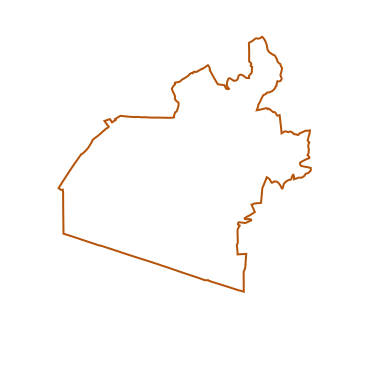 Giong Rieng, Kiên Giang, Vietnam, rotated 155°
{"feature_id": "81297802B19779239086561", "entity_name": "Giong Rieng", "entity_type": "district", "adm_level": 2, "iso_a3": "VNM", "parent_name": "Vietnam", "parent_adm1": "Kiên Giang", "projection": "orthographic", "projection_center": [105.287, 9.934], "detail": "fine", "context": "isolated", "style": "outline", "palette": "amber", "viewbox_px": 384, "rotation_deg": 155, "n_neighbors": 0, "source": "geoboundaries", "source_scale": "gbopen_adm2", "svg_char_len": 5850}
<svg xmlns="http://www.w3.org/2000/svg" viewBox="0 0 384 384"><g transform="rotate(155 192 192)"><path d="M58.2,268.4L57.9,270.6L58.0,270.9L58.7,272.1L59.2,273.3L59.3,274.0L59.3,274.5L59.0,275.6L59.0,276.2L59.1,279.9L59.4,280.8L59.7,281.4L60.2,281.9L60.6,282.2L60.8,282.4L61.2,283.0L61.5,283.8L61.9,284.4L62.8,285.7L63.1,287.1L63.3,287.9L63.4,288.3L63.3,289.1L62.9,290.8L62.1,293.8L61.9,295.5L61.8,297.3L61.9,299.4L62.1,300.8L62.5,302.2L62.8,302.9L63.0,303.1L64.6,302.7L65.1,302.6L65.4,302.6L66.8,302.9L67.5,303.2L68.3,303.8L69.0,304.2L70.5,304.1L72.7,303.5L73.9,303.3L77.4,303.1L80.8,295.2L85.0,286.3L84.3,284.6L84.1,283.9L84.1,283.1L84.2,282.8L85.4,281.7L85.5,281.1L85.3,280.8L84.9,280.3L84.6,280.0L84.6,279.8L85.8,277.9L87.2,275.3L87.5,275.0L88.2,274.5L90.1,273.8L90.7,273.5L91.1,273.2L91.3,273.0L92.1,271.2L93.1,271.6L94.0,272.1L94.8,272.8L95.4,273.8L95.9,275.1L97.1,276.7L97.9,277.6L98.8,277.9L99.8,277.9L100.2,277.8L100.9,277.4L102.4,275.4L103.4,274.8L103.8,274.6L104.5,274.5L104.9,274.5L106.0,274.7L106.8,274.9L107.1,275.1L109.4,278.8L109.7,279.1L110.0,279.3L110.4,279.4L110.8,279.4L111.4,279.0L112.9,277.6L114.1,276.3L115.0,274.7L115.4,273.6L115.4,272.7L115.4,272.0L114.9,270.4L114.8,269.9L115.1,269.7L115.6,269.9L116.9,270.7L117.2,270.9L117.4,271.5L117.5,271.9L117.5,272.9L117.4,275.0L123.1,278.8L123.9,287.1L124.2,292.7L124.3,293.9L124.5,294.7L123.7,295.8L123.6,298.5L124.0,300.2L130.5,299.1L130.8,299.5L136.0,299.0L136.9,299.0L138.0,299.2L139.1,300.0L139.4,300.1L139.7,300.2L140.0,300.1L141.1,299.3L141.4,299.8L141.6,299.9L141.9,300.1L142.5,300.1L143.7,299.8L144.5,299.9L144.9,299.6L145.6,299.2L146.3,298.9L151.3,298.2L153.5,298.1L154.5,297.8L155.0,297.6L155.8,297.3L157.1,297.3L158.5,297.5L160.7,298.2L161.2,298.3L161.4,298.2L161.6,297.7L161.9,296.7L163.6,296.2L164.2,295.9L166.7,294.1L166.9,290.3L166.8,288.2L166.9,286.3L166.9,285.8L167.9,284.3L168.1,282.9L167.9,281.8L167.5,280.5L166.7,279.4L166.6,279.0L166.6,278.6L166.7,278.0L166.9,277.5L167.9,275.7L171.2,272.1L171.7,271.7L172.3,271.4L173.4,271.4L173.7,271.3L174.0,271.0L175.8,269.0L176.2,268.4L176.6,267.3L179.0,267.8L185.9,271.1L191.4,273.8L198.0,276.9L202.3,279.3L206.9,281.4L208.8,282.7L212.0,284.0L217.9,287.2L224.7,291.3L230.9,290.6L230.7,289.6L231.7,289.4L232.8,289.3L235.0,288.9L235.6,292.7L236.5,292.9L237.9,293.0L241.3,293.4L241.2,292.5L239.9,286.3L240.1,286.2L240.6,286.0L241.2,285.8L243.4,285.7L243.8,285.6L244.9,285.0L245.2,284.9L246.0,284.9L246.5,284.8L250.0,283.6L254.7,282.4L256.5,282.1L258.8,281.5L259.7,281.3L260.4,280.9L261.0,280.4L262.1,279.4L267.4,275.9L269.4,275.0L271.5,274.1L274.8,273.1L276.5,273.0L288.4,266.2L303.8,256.7L311.3,251.9L310.0,249.4L308.1,248.7L309.2,245.6L313.0,237.4L316.5,229.7L326.1,208.5L320.4,203.3L298.3,182.4L298.1,182.3L297.7,182.2L282.9,168.4L280.8,166.3L272.8,158.9L252.9,140.5L250.7,138.3L246.1,134.0L232.5,120.9L221.7,110.7L217.6,106.6L215.7,105.7L214.8,105.3L214.9,105.1L211.6,101.9L197.5,89.0L190.8,82.8L189.9,82.2L187.2,79.8L179.1,97.5L178.5,98.3L176.7,99.8L175.5,101.3L169.0,113.0L177.1,116.2L176.1,118.4L175.2,120.9L174.2,124.0L173.8,125.0L173.2,125.6L172.4,126.1L172.1,126.4L171.0,128.7L168.4,134.8L166.7,138.3L166.2,139.1L163.8,140.7L163.0,141.2L162.9,141.4L162.9,141.6L163.2,141.9L163.8,142.3L164.0,142.7L164.0,143.3L163.8,143.7L163.3,144.3L162.9,144.7L162.4,144.8L161.9,144.6L158.0,142.1L156.9,141.5L156.2,141.3L154.1,141.3L152.1,141.3L150.4,141.2L150.1,141.6L150.2,142.2L150.7,142.7L151.5,143.3L153.5,144.0L154.6,144.5L155.2,145.0L155.5,145.2L155.5,145.4L155.5,145.7L155.4,145.9L154.9,146.1L152.2,146.4L148.8,146.5L146.1,146.9L144.5,147.2L143.5,147.3L143.4,155.3L141.4,155.3L140.0,155.1L139.6,155.0L138.5,154.5L137.5,154.3L136.1,153.6L134.0,153.0L126.6,165.8L121.5,170.4L118.0,173.8L116.6,171.6L116.3,170.6L116.0,168.3L116.0,167.3L115.7,166.6L114.6,166.5L113.9,166.8L113.0,166.7L111.9,166.3L111.0,165.6L110.3,164.9L109.7,163.2L109.3,161.5L109.1,160.2L109.1,157.3L109.0,157.1L108.7,157.0L107.8,157.6L107.0,158.5L105.3,160.6L103.2,161.5L102.1,161.7L100.6,161.9L99.2,162.1L98.6,161.9L97.7,161.5L97.2,161.5L96.3,162.0L95.8,162.7L93.6,164.7L93.1,164.9L92.9,164.9L92.8,164.7L92.9,163.8L93.3,162.3L94.1,160.4L93.5,160.4L91.7,160.1L89.6,160.0L88.8,159.8L87.1,158.8L86.5,158.7L86.0,158.7L85.1,158.9L83.7,159.0L83.1,159.2L81.9,160.1L81.4,160.3L80.9,160.5L80.3,160.4L79.1,160.1L78.6,160.1L78.2,160.2L77.3,160.7L75.9,160.9L75.2,161.4L74.7,162.5L74.2,163.7L82.0,169.4L82.3,170.7L82.3,171.4L82.1,171.9L81.8,172.8L80.7,173.1L79.4,173.2L74.4,173.4L71.4,173.1L71.0,173.7L71.0,174.1L71.1,174.5L71.1,175.3L71.2,175.5L71.6,176.0L71.8,176.3L71.7,176.7L71.5,176.9L71.2,177.0L69.9,178.0L69.6,178.5L68.5,180.6L68.1,181.2L67.8,182.1L67.8,182.7L67.7,183.6L67.4,184.2L66.8,185.1L66.6,185.6L66.3,186.0L65.1,187.0L64.8,187.4L64.8,187.7L64.9,188.1L65.4,188.9L65.4,189.5L65.1,190.2L64.8,190.6L63.9,191.6L61.7,194.3L60.1,196.3L59.1,197.9L62.6,199.2L63.0,199.5L68.9,199.6L69.8,199.7L70.6,199.1L71.0,198.9L71.9,198.9L72.2,199.1L72.5,199.4L73.3,200.3L74.9,201.1L75.1,201.3L75.2,202.2L75.6,202.6L75.7,203.1L76.6,204.5L77.5,205.4L78.0,205.5L79.6,205.6L79.8,205.7L81.1,207.2L81.5,207.4L82.3,207.7L83.0,207.7L86.0,207.3L84.0,212.9L80.1,224.6L82.3,225.0L82.6,225.9L82.7,227.5L83.0,228.8L83.2,229.3L83.6,229.7L84.5,230.0L84.8,230.3L85.6,232.1L87.1,235.0L88.5,235.1L88.7,236.3L89.6,236.7L96.1,238.0L98.8,238.7L96.2,241.3L95.4,242.2L95.1,243.0L94.9,243.3L94.5,243.5L93.6,243.9L87.3,249.1L86.5,249.6L85.8,249.6L84.2,249.6L83.4,249.6L82.8,250.2L82.6,250.3L82.4,250.3L81.6,250.3L80.2,249.7L77.3,249.6L76.6,249.6L74.6,250.2L72.6,251.2L72.2,251.6L71.4,252.4L71.0,252.5L70.6,252.5L69.3,254.6L68.8,255.2L67.7,256.3L67.3,255.9L66.9,255.7L66.2,255.4L65.2,255.3L64.7,255.4L64.0,255.7L63.1,256.5L62.8,257.1L62.6,257.7L62.7,259.2L62.4,260.6L62.1,261.1L59.8,263.7L58.2,265.9L58.0,266.4L58.0,266.9L58.2,267.6L58.2,268.4Z" fill="none" stroke="#b45309" stroke-width="2"/></g></svg>